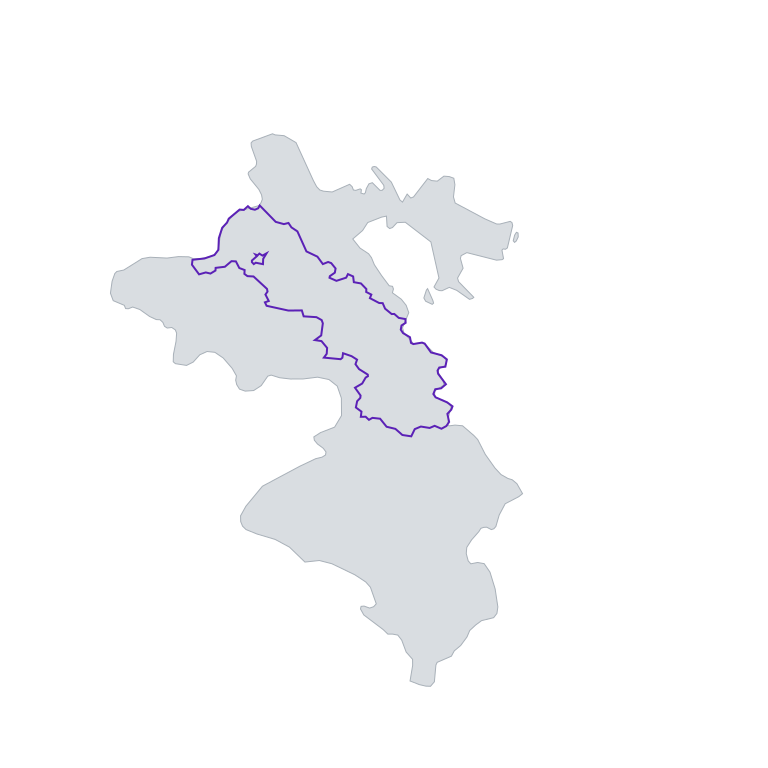 location of Tadzhikistan Territories within Tajikistan, rotated 55°
{"feature_id": "TJK-368", "entity_name": "Tadzhikistan Territories", "entity_type": "Region", "adm_level": 1, "iso_a3": "TJK", "parent_name": "Tajikistan", "parent_adm1": "", "projection": "mercator", "projection_center": [69.993, 38.757], "detail": "medium", "context": "in_parent", "style": "outline", "palette": "violet", "viewbox_px": 768, "rotation_deg": 55, "n_neighbors": 0, "source": "natural_earth", "source_scale": "10m", "svg_char_len": 5630}
<svg xmlns="http://www.w3.org/2000/svg" viewBox="0 0 768 768"><g transform="rotate(55 384 384)"><path d="M138.6,538.3L141.4,531.8L142.5,510.3L146.0,502.9L156.4,489.5L161.8,479.2L167.9,470.9L172.3,468.1L176.4,461.6L179.7,454.0L180.7,449.3L180.4,445.6L179.1,443.2L165.8,430.1L161.8,421.9L159.6,411.5L159.0,404.3L166.1,384.2L165.0,380.8L162.9,377.7L158.8,375.8L152.8,374.9L139.3,375.9L134.0,374.8L132.8,373.5L132.1,364.3L130.8,362.4L128.5,360.6L113.3,356.4L110.3,354.6L109.7,352.2L115.1,331.8L117.5,330.3L123.3,323.4L135.8,317.6L177.0,325.2L183.8,326.0L188.3,325.3L191.4,322.9L197.0,316.3L200.7,297.6L204.1,296.9L207.5,297.8L209.2,296.1L210.5,291.6L211.9,291.1L214.4,293.4L217.0,291.3L216.6,289.5L213.8,286.4L211.4,281.5L212.4,278.1L223.1,276.2L224.3,274.5L223.8,271.7L221.1,270.2L200.8,270.8L199.6,269.2L200.2,267.3L201.7,265.9L222.8,262.2L242.4,265.4L245.6,264.5L241.7,256.1L247.0,255.4L247.7,252.5L240.8,230.3L244.6,228.4L248.4,224.0L248.1,215.7L251.5,211.6L255.5,208.8L261.4,211.6L270.6,219.8L276.6,221.9L306.5,206.7L317.5,200.0L319.4,197.4L323.2,187.3L325.2,186.6L328.0,187.7L343.3,204.9L343.3,207.2L341.7,208.9L342.0,210.6L349.9,214.2L349.9,215.9L347.1,220.8L323.9,240.8L323.1,247.2L325.0,249.4L334.5,252.8L339.4,263.0L343.0,264.2L364.5,260.7L364.7,262.4L363.7,265.4L349.0,270.7L342.3,275.1L340.9,282.9L339.2,285.1L336.2,287.0L333.2,287.4L328.7,278.2L294.5,264.1L263.7,273.8L259.3,280.8L260.7,287.3L259.9,290.2L256.7,291.1L247.9,285.7L245.9,290.3L242.4,304.7L246.0,313.5L247.3,326.4L258.9,325.7L268.5,321.9L273.3,321.8L280.8,323.5L293.7,323.8L306.5,323.4L308.9,321.0L311.6,321.8L314.1,324.8L324.5,321.2L332.2,320.7L339.8,322.8L348.6,336.6L353.3,338.3L367.8,336.7L372.1,329.3L375.8,327.4L386.7,325.4L396.0,319.7L400.7,319.2L403.0,321.2L404.0,323.7L403.0,330.6L406.0,333.0L415.0,333.5L419.2,335.7L418.7,346.4L422.4,349.0L424.4,349.2L437.4,342.3L441.1,342.2L448.5,350.5L454.3,355.4L455.7,354.6L458.4,349.4L463.3,343.6L477.9,339.9L483.3,339.1L499.7,341.4L516.4,341.3L525.3,340.1L532.4,336.7L536.0,333.9L541.9,332.3L553.3,333.4L553.6,338.1L551.6,353.4L557.4,364.8L564.9,374.1L565.6,377.1L564.8,379.6L560.2,382.0L558.6,384.6L557.8,387.5L559.3,390.9L561.9,401.6L565.3,409.9L570.1,413.9L577.2,416.5L581.1,416.0L583.9,409.7L588.6,405.0L598.9,405.1L615.6,410.5L631.9,418.6L636.7,423.1L638.3,428.2L633.8,439.8L634.0,447.3L635.1,455.2L638.8,461.1L642.2,471.2L642.9,479.5L645.6,484.9L642.5,500.1L644.0,502.7L656.8,513.5L658.3,519.3L655.5,523.0L650.5,527.5L642.2,533.0L630.9,521.9L625.9,518.5L616.3,519.6L604.0,516.4L597.6,516.7L593.7,520.5L591.1,524.3L584.8,525.5L561.6,533.0L554.8,532.3L553.0,530.3L554.5,527.7L559.3,524.3L560.5,520.2L559.6,516.4L542.7,511.7L535.7,512.5L523.6,517.3L501.3,529.8L491.5,538.2L484.5,550.9L463.4,555.0L448.9,562.3L434.0,574.1L424.1,580.5L419.3,581.4L414.5,580.3L409.7,577.1L404.9,567.2L398.0,542.2L403.1,500.0L406.0,482.8L408.4,476.7L408.6,472.6L406.4,470.5L401.9,470.6L395.0,472.9L390.1,473.3L387.1,471.8L387.4,463.8L391.0,449.2L385.5,436.9L371.1,427.0L358.9,423.5L348.8,426.5L340.3,434.5L333.5,447.3L326.3,457.7L319.0,465.9L312.0,471.3L310.9,474.7L314.9,485.5L314.6,494.5L310.2,501.8L305.3,505.3L300.0,505.0L295.8,503.3L292.7,500.2L284.2,499.4L270.4,500.8L261.0,504.4L255.9,510.3L254.4,518.1L256.6,527.7L255.5,535.1L247.7,543.2L244.9,543.9L239.0,539.5L229.8,529.9L223.4,524.7L220.0,523.9L216.0,525.4L213.8,529.5L210.8,530.7L206.7,529.8L202.9,530.6L200.6,533.6L194.2,537.3L182.9,541.3L176.8,545.7L175.7,550.3L174.0,552.4L170.6,551.6L160.4,558.0L152.7,556.0L143.9,547.8L139.1,541.1L138.6,538.3ZM346.4,298.8L340.1,302.4L336.4,302.0L331.4,295.4L330.9,293.6L343.7,296.1L346.2,297.0L346.4,298.8ZM342.9,195.8L340.8,196.0L337.0,191.6L335.7,188.5L337.2,187.6L340.5,189.7L342.7,193.6L342.9,195.8Z" fill="#d9dde1" stroke="#a8b0b8" stroke-width="1"/><path d="M399.9,318.4L405.0,323.8L402.2,329.3L403.7,332.4L406.6,333.8L419.7,333.4L420.3,339.7L417.7,345.0L420.5,349.3L424.5,349.4L435.2,342.8L441.6,340.7L443.6,343.6L444.8,349.2L452.4,352.4L454.2,357.0L453.6,362.6L447.3,366.5L446.2,371.8L440.0,378.2L438.6,384.7L442.5,391.7L436.3,398.2L427.3,400.4L420.5,406.4L410.2,407.1L405.1,412.9L404.7,416.9L400.3,417.8L397.6,421.8L393.7,418.3L387.1,420.5L382.7,415.9L381.8,411.4L380.0,409.8L370.4,409.9L371.1,401.6L368.2,395.3L368.4,392.7L367.0,391.9L357.5,395.9L351.4,396.0L348.6,392.1L342.6,394.6L335.3,399.9L338.6,403.0L338.8,405.3L327.9,418.1L326.4,413.6L321.8,409.9L313.0,410.6L308.4,415.4L308.2,407.6L299.2,399.3L295.9,398.4L290.5,401.0L282.5,411.0L276.6,409.1L269.0,420.2L252.6,435.3L248.8,434.7L249.9,430.8L242.7,429.8L241.5,426.4L239.0,425.3L221.1,429.2L217.3,434.0L213.7,435.2L210.7,432.8L206.0,436.0L198.6,435.0L195.9,438.5L196.7,447.1L192.3,455.3L194.4,457.0L194.0,462.8L190.4,466.0L188.1,472.6L176.1,472.9L172.4,469.6L178.2,459.1L181.1,448.9L179.1,442.7L169.8,435.6L163.2,426.9L161.8,420.1L159.5,416.3L158.3,402.2L161.0,399.0L160.3,393.5L164.0,392.7L167.2,389.8L167.9,386.3L166.5,383.4L189.1,379.7L195.6,374.3L197.3,369.9L202.6,370.0L209.3,367.4L230.9,371.5L241.5,365.5L250.7,365.3L252.0,359.8L254.7,357.9L261.6,357.4L264.6,360.4L264.6,366.5L265.7,367.7L272.2,363.8L275.2,354.0L273.3,350.5L278.2,347.6L283.3,350.3L288.4,345.2L296.1,344.0L298.4,345.8L303.5,343.1L305.6,346.3L314.9,341.5L317.0,338.7L322.9,339.9L331.1,337.6L332.5,335.4L338.3,334.0L343.1,329.2L346.3,331.2L346.1,336.1L349.1,339.1L353.2,339.2L360.6,335.9L365.8,338.3L368.1,337.1L371.9,329.1L374.2,327.5L385.1,327.4L393.5,320.3L399.9,318.4ZM212.2,411.2L209.6,405.3L209.1,409.9L205.7,411.3L206.1,413.7L204.3,415.0L206.4,414.9L207.1,421.4L208.4,422.3L211.1,421.9L211.1,419.5L216.4,414.4L212.2,411.2Z" fill="none" stroke="#5b21b6" stroke-width="2"/></g></svg>